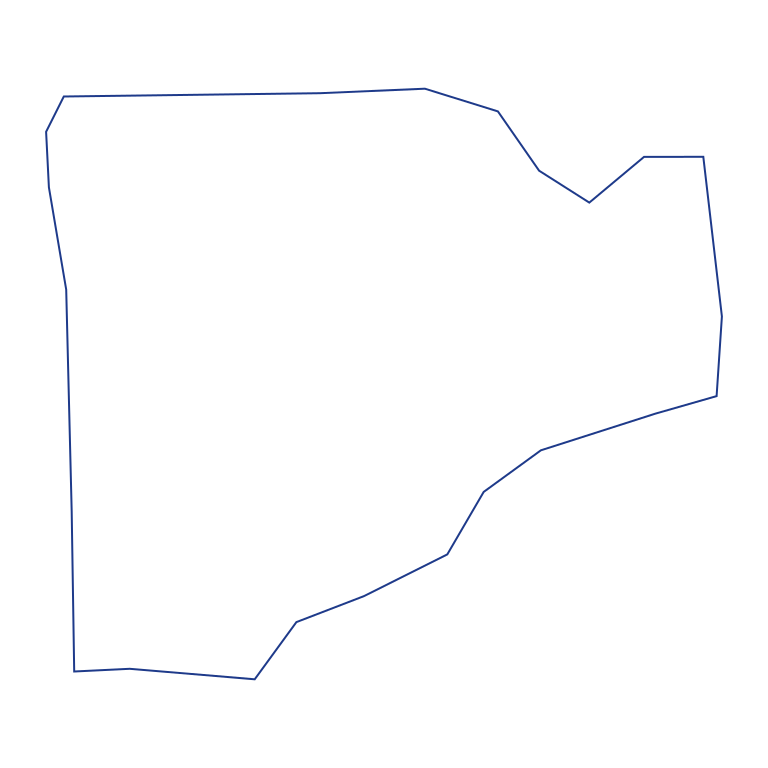 Munkfors, Värmland, Sweden (orthographic projection)
{"feature_id": "70781695B82922715808284", "entity_name": "Munkfors", "entity_type": "district", "adm_level": 2, "iso_a3": "SWE", "parent_name": "Sweden", "parent_adm1": "Värmland", "projection": "orthographic", "projection_center": [13.521, 59.825], "detail": "fine", "context": "isolated", "style": "outline", "palette": "blue", "viewbox_px": 768, "rotation_deg": 0, "n_neighbors": 0, "source": "geoboundaries", "source_scale": "gbopen_adm2", "svg_char_len": 405}
<svg xmlns="http://www.w3.org/2000/svg" viewBox="0 0 768 768"><path d="M74.2,671.5L129.7,668.8L254.7,679.3L296.4,622.1L364.0,596.1L447.3,554.4L483.7,491.9L540.9,450.3L655.2,413.7L716.6,396.1L721.9,316.5L703.3,156.8L644.0,156.9L589.3,202.6L539.1,170.7L497.9,111.4L424.9,88.7L320.0,93.2L63.8,96.5L46.1,131.8L48.9,187.3L66.2,289.6L71.7,511.9L74.2,671.5Z" fill="none" stroke="#1e3a8a" stroke-width="2"/></svg>